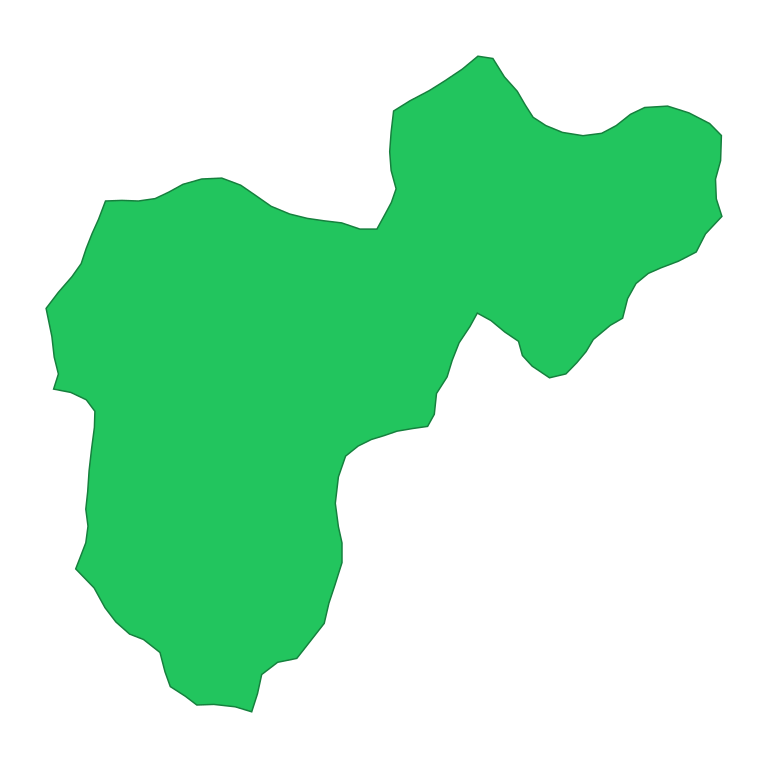 Santa Bárbara do Leste, Minas Gerais, Brazil (orthographic projection)
{"feature_id": "56859067B68524836295337", "entity_name": "Santa Bárbara do Leste", "entity_type": "district", "adm_level": 2, "iso_a3": "BRA", "parent_name": "Brazil", "parent_adm1": "Minas Gerais", "projection": "orthographic", "projection_center": [-42.102, -19.952], "detail": "fine", "context": "isolated", "style": "filled", "palette": "green", "viewbox_px": 768, "rotation_deg": 0, "n_neighbors": 0, "source": "geoboundaries", "source_scale": "gbopen_adm2", "svg_char_len": 1684}
<svg xmlns="http://www.w3.org/2000/svg" viewBox="0 0 768 768"><path d="M477.9,56.2L462.2,69.2L444.9,80.8L429.3,90.6L410.1,100.7L393.6,111.0L391.1,132.4L389.7,151.7L391.1,170.4L396.1,188.8L391.4,202.4L384.7,214.9L376.9,229.1L359.9,229.1L341.7,222.9L324.1,220.8L307.4,218.4L289.6,214.0L271.1,206.3L255.8,195.6L240.7,185.2L221.8,178.1L201.7,179.0L183.0,184.3L168.8,192.1L155.1,198.6L138.4,201.0L121.9,200.4L105.5,201.0L98.5,219.4L92.1,233.6L86.2,248.5L81.2,263.6L72.0,276.6L58.3,292.4L46.1,308.4L51.9,336.6L54.2,357.1L58.4,374.0L53.6,389.1L70.7,392.4L86.3,399.8L94.9,411.3L94.4,427.4L91.6,448.7L89.1,470.7L87.7,491.7L85.8,509.2L88.0,526.2L85.8,542.8L80.8,555.8L75.7,568.9L94.1,587.9L105.0,607.7L115.9,622.0L129.6,634.1L143.5,639.5L160.0,652.5L165.0,671.8L170.3,686.6L185.1,696.1L196.8,705.0L213.8,704.4L235.2,706.8L251.7,711.8L257.5,693.7L261.7,674.5L277.6,662.3L296.8,658.4L309.1,642.7L324.2,623.4L328.9,603.2L334.8,585.4L342.0,562.6L342.0,543.0L338.4,526.7L335.3,503.3L338.4,476.9L345.6,456.1L358.2,446.0L371.3,439.5L384.1,435.6L396.9,431.2L412.8,428.5L427.6,426.4L434.3,414.3L436.5,393.5L447.1,376.9L452.2,360.3L459.1,342.8L470.0,326.4L477.3,313.1L490.9,320.5L504.9,332.1L518.5,341.3L522.4,355.5L532.2,366.2L549.5,377.8L565.9,373.9L576.8,362.7L586.0,351.7L593.3,339.5L610.3,325.3L622.6,318.2L627.6,298.6L636.0,283.5L648.3,273.4L660.5,268.0L678.4,261.2L696.2,252.0L705.5,233.9L721.9,216.4L716.3,198.9L715.5,179.1L720.6,160.7L721.4,135.5L709.7,123.6L689.0,112.9L667.6,106.1L644.7,107.5L630.5,114.3L616.2,125.6L601.7,133.3L583.0,135.7L562.4,132.4L545.9,125.6L533.1,117.3L525.3,105.1L517.2,91.2L504.4,76.9L492.9,58.5L477.9,56.2Z" fill="#22c55e" stroke="#15803d" stroke-width="1.5"/></svg>